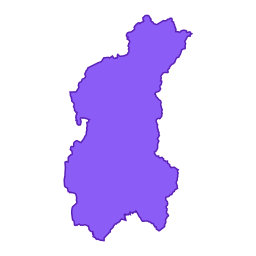 the district of Dak Ha, Kon Tum, Vietnam
{"feature_id": "81297802B44208556699353", "entity_name": "Dak Ha", "entity_type": "district", "adm_level": 2, "iso_a3": "VNM", "parent_name": "Vietnam", "parent_adm1": "Kon Tum", "projection": "robinson", "projection_center": [108.001, 14.613], "detail": "fine", "context": "isolated", "style": "filled", "palette": "violet", "viewbox_px": 256, "rotation_deg": 0, "n_neighbors": 0, "source": "geoboundaries", "source_scale": "gbopen_adm2", "svg_char_len": 5787}
<svg xmlns="http://www.w3.org/2000/svg" viewBox="0 0 256 256"><path d="M191.8,33.7L190.5,33.0L190.0,31.9L186.8,32.4L186.3,30.8L185.2,30.4L183.5,30.2L181.3,30.8L179.6,32.4L178.3,31.8L175.7,31.6L176.0,29.2L175.4,28.4L175.4,27.4L174.6,26.2L174.5,24.7L173.7,23.6L173.6,22.1L172.1,21.5L172.0,18.9L171.6,18.3L170.0,18.3L169.0,19.2L167.8,19.2L166.3,20.6L165.6,20.9L163.4,20.6L157.7,24.1L156.4,24.6L154.7,23.9L154.2,24.0L153.6,23.4L153.4,22.9L152.6,21.9L151.4,21.6L151.1,20.7L150.5,20.2L151.0,19.4L151.0,19.1L150.4,18.5L148.9,16.0L148.0,15.5L146.6,15.4L145.2,15.6L142.8,17.9L143.1,18.7L143.1,20.1L143.8,20.9L143.5,21.5L140.5,22.9L139.9,23.6L139.2,22.8L138.6,22.8L137.6,23.3L137.4,23.9L136.4,24.1L135.9,24.8L135.6,25.8L134.8,26.0L134.1,27.4L134.6,28.7L134.4,29.5L131.5,31.7L130.0,32.2L129.0,32.2L127.5,32.9L126.5,34.7L126.4,35.5L126.8,36.7L127.1,37.0L128.1,37.1L128.0,38.0L127.2,38.5L127.2,39.1L128.3,39.6L129.3,40.6L129.8,41.9L129.4,42.8L128.7,43.5L128.7,44.7L128.0,45.8L129.0,47.4L129.0,48.1L128.4,49.1L129.0,50.5L129.0,51.2L128.7,52.2L128.1,52.7L127.4,54.4L123.8,55.9L120.1,56.3L119.5,56.1L117.9,54.4L117.4,55.1L117.4,57.0L117.0,58.0L116.0,57.7L115.5,58.2L114.6,58.4L113.9,58.3L112.4,56.0L109.7,58.0L108.6,57.4L103.8,57.8L101.4,61.6L97.9,62.9L87.9,67.9L87.2,69.8L86.2,70.6L86.0,71.5L84.8,73.9L84.9,74.6L85.6,75.5L85.4,77.3L84.1,78.5L82.3,79.1L81.2,81.7L79.6,82.4L78.9,83.1L78.3,85.5L78.8,86.9L78.8,87.6L76.1,91.9L70.0,92.1L70.4,93.3L70.3,94.6L70.6,96.1L71.4,97.2L71.3,98.4L71.9,99.7L71.7,101.0L73.7,103.0L74.2,104.1L74.0,105.6L73.5,106.4L74.6,109.0L74.5,110.3L76.2,112.5L77.0,112.3L77.1,112.5L76.7,114.3L76.0,115.4L76.2,116.2L75.7,117.3L76.3,118.9L76.0,120.4L76.8,120.3L77.1,120.9L76.8,122.5L77.2,123.3L77.1,123.9L78.5,125.1L80.4,124.8L81.1,121.8L80.4,118.8L80.7,118.1L81.3,117.8L82.0,117.8L82.9,118.2L83.4,117.8L86.7,118.7L89.3,119.7L88.9,120.0L88.4,121.9L86.8,122.5L87.3,125.6L86.8,127.5L86.7,128.8L87.0,130.0L86.4,131.6L86.2,134.6L84.9,136.4L83.8,138.8L80.9,142.6L77.0,140.7L76.1,140.8L74.1,142.4L73.7,143.4L73.7,146.3L73.0,146.7L71.5,146.4L71.1,146.6L70.6,147.7L70.6,149.0L70.3,149.4L70.8,150.2L71.8,150.8L72.3,153.5L72.2,154.2L71.9,154.5L70.8,154.8L69.9,155.8L69.3,156.1L68.9,156.8L68.5,157.0L68.2,157.8L68.3,159.2L68.1,161.4L67.9,162.1L66.2,161.5L65.0,162.2L65.4,167.8L65.0,173.8L65.0,175.6L64.3,178.9L64.2,180.7L64.6,186.0L65.2,186.9L67.5,188.2L68.2,191.6L69.3,191.9L69.9,192.7L71.1,192.3L72.0,192.8L73.3,192.7L75.8,194.0L76.7,197.8L76.4,200.1L76.9,201.9L76.8,202.9L75.8,204.0L72.6,206.8L72.1,208.3L71.7,211.3L71.8,213.9L72.6,219.9L73.4,220.4L74.2,221.5L74.5,224.9L74.7,225.2L75.2,225.4L76.6,225.0L77.0,225.3L77.3,224.9L79.0,224.1L80.9,225.3L81.4,225.1L83.4,225.2L84.6,224.7L86.6,225.2L87.6,226.0L88.5,226.0L88.5,226.9L88.9,227.4L89.0,229.5L89.6,229.9L89.9,230.6L91.1,231.5L92.9,231.8L92.7,232.6L93.3,233.8L92.7,233.7L92.6,233.8L93.4,235.4L93.1,236.6L93.8,236.8L94.5,237.4L94.8,237.2L95.4,237.7L96.1,239.0L96.9,239.4L97.9,239.0L100.0,240.1L103.8,240.6L104.1,240.6L104.1,238.0L109.5,232.3L110.3,231.9L110.2,230.1L113.0,227.4L113.3,226.5L114.7,224.4L115.5,223.9L116.4,223.9L116.7,223.3L119.0,222.1L120.1,221.0L120.5,220.0L121.0,219.3L121.7,219.3L122.1,219.1L123.2,219.6L124.7,219.6L125.2,220.3L125.9,220.4L125.7,219.4L124.9,218.6L125.4,218.0L124.6,217.1L125.1,216.1L125.1,215.7L124.2,214.9L124.3,214.5L124.6,214.4L125.4,214.8L125.7,214.2L126.7,214.9L127.3,214.5L127.7,214.8L128.3,214.8L128.6,214.1L129.3,214.0L130.3,214.5L130.1,213.4L130.3,212.8L129.7,211.4L130.9,212.8L131.9,212.6L132.7,213.4L133.1,213.1L133.4,212.3L133.9,212.0L135.6,212.1L136.0,211.0L136.5,211.5L136.8,212.4L137.3,212.8L139.0,216.3L140.6,218.2L141.9,220.8L142.9,221.3L145.4,221.0L147.6,221.0L148.6,221.8L149.8,221.8L152.0,223.6L153.2,223.6L154.8,226.8L155.9,226.8L156.3,228.9L157.1,229.6L158.5,230.3L158.9,230.8L159.5,230.6L164.5,226.7L164.7,225.7L164.5,224.8L165.7,222.7L165.8,221.3L165.5,220.3L165.8,219.0L166.5,218.4L167.3,216.5L168.1,216.2L168.4,215.7L168.4,215.3L167.8,214.3L166.7,213.3L166.4,212.3L166.4,211.8L166.9,210.7L166.9,209.8L167.2,208.9L166.3,207.9L166.0,206.5L167.3,205.2L167.7,203.9L167.4,201.9L165.8,199.8L165.7,197.5L166.4,197.0L168.7,196.5L170.4,194.7L171.7,194.6L172.9,192.1L174.3,191.4L174.9,189.8L177.5,188.4L177.2,187.1L177.3,186.1L176.1,182.5L177.3,179.6L177.3,178.0L177.8,176.3L177.6,174.6L178.2,173.0L177.7,172.3L177.4,170.9L178.2,169.7L177.3,169.4L174.3,167.2L170.9,167.6L170.7,166.8L169.9,166.4L169.6,164.6L167.7,163.3L167.4,161.1L166.0,161.6L165.2,160.8L164.0,160.5L163.4,159.4L163.5,158.7L162.6,158.2L161.9,157.3L159.9,158.0L158.9,157.4L158.6,156.0L156.5,156.2L154.5,153.6L154.7,153.1L154.5,151.9L155.6,151.4L156.4,150.6L157.7,147.9L157.5,146.8L157.7,145.9L157.5,144.8L158.0,142.9L158.7,141.6L158.7,140.5L157.7,139.7L157.4,138.5L157.9,138.1L159.4,135.4L158.9,134.6L159.0,132.4L157.9,130.8L158.2,129.8L157.5,128.2L157.3,126.7L157.6,124.6L157.0,124.1L156.7,122.6L156.1,121.8L156.2,120.1L156.8,119.2L158.1,118.4L158.9,118.3L159.6,118.7L160.1,118.4L161.7,116.1L161.9,114.9L161.6,114.2L162.3,113.3L161.8,112.7L161.7,111.0L162.3,109.8L161.3,107.6L161.3,106.6L160.6,104.8L161.1,102.7L160.5,100.7L158.9,99.7L157.0,97.3L155.9,96.6L155.9,95.5L155.4,94.5L154.8,94.3L154.8,94.1L155.8,92.3L158.4,91.5L159.6,90.7L160.5,88.9L160.6,88.5L160.1,87.8L159.8,86.2L160.0,85.6L161.1,84.7L161.8,81.8L161.6,81.0L160.7,80.9L160.5,80.7L161.3,78.2L160.8,76.5L161.5,75.0L162.5,74.0L163.0,73.0L163.6,72.7L165.3,72.4L167.4,72.6L168.0,72.4L168.1,71.6L167.8,70.8L167.8,69.7L169.4,68.3L169.6,67.0L170.6,65.7L171.9,64.3L173.2,63.8L174.8,62.2L175.8,59.2L177.1,57.4L178.4,57.3L178.9,57.0L179.4,55.6L180.2,54.6L181.8,49.8L183.6,48.8L184.6,48.8L185.1,48.5L185.3,47.7L185.0,46.5L185.6,43.5L184.8,41.4L186.6,38.3L187.4,36.5L188.2,36.1L190.2,36.1L190.2,34.9L191.8,33.7Z" fill="#8b5cf6" stroke="#5b21b6" stroke-width="1.5"/></svg>